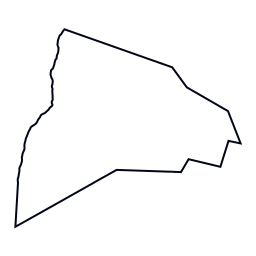 João Costa, Piauí, Brazil (orthographic projection)
{"feature_id": "56859067B8794694572671", "entity_name": "João Costa", "entity_type": "district", "adm_level": 2, "iso_a3": "BRA", "parent_name": "Brazil", "parent_adm1": "Piauí", "projection": "orthographic", "projection_center": [-42.621, -8.552], "detail": "fine", "context": "isolated", "style": "outline", "palette": "ink", "viewbox_px": 256, "rotation_deg": 0, "n_neighbors": 0, "source": "geoboundaries", "source_scale": "gbopen_adm2", "svg_char_len": 1478}
<svg xmlns="http://www.w3.org/2000/svg" viewBox="0 0 256 256"><path d="M17.7,180.4L18.0,182.7L15.4,226.7L19.1,224.7L66.1,198.3L101.2,178.5L116.6,169.9L155.0,171.2L169.3,171.7L171.6,171.7L172.9,171.8L181.0,172.1L188.6,159.2L220.4,166.8L228.5,140.9L240.6,143.4L228.0,111.1L186.9,87.4L184.5,84.2L182.7,81.7L172.2,67.3L64.5,29.3L63.3,30.7L62.2,32.5L61.1,34.3L59.7,35.5L59.0,37.2L58.4,39.0L57.9,40.5L57.7,42.8L57.4,44.4L58.1,46.9L58.6,48.0L58.4,49.2L58.4,50.8L58.1,52.4L57.6,53.9L56.9,55.4L56.7,56.8L56.6,58.4L55.5,59.7L54.9,61.6L54.5,63.2L54.3,64.6L53.7,66.2L53.0,68.4L52.1,69.3L51.2,70.2L50.9,71.4L50.7,73.1L50.5,74.4L50.8,75.6L51.2,76.8L51.5,78.0L52.4,79.5L52.8,81.2L52.5,82.9L52.5,84.3L51.9,85.6L51.9,86.7L52.2,87.9L52.6,89.0L52.3,90.6L52.4,92.9L52.5,94.5L52.6,95.8L52.6,97.5L52.7,99.6L52.2,100.8L51.7,101.9L51.9,103.3L52.5,104.9L51.8,106.1L50.8,106.9L49.6,107.9L49.1,109.0L48.2,110.0L47.1,111.0L45.8,112.2L44.9,113.1L43.3,113.7L41.7,114.5L40.7,115.5L40.2,116.8L39.1,118.4L38.2,119.5L37.6,120.8L37.1,121.8L36.2,123.3L35.0,124.3L33.9,125.1L32.2,126.1L30.7,127.4L30.1,129.0L29.4,130.2L28.5,131.9L27.6,134.2L26.9,136.2L26.0,138.0L25.7,139.4L25.4,140.8L24.8,142.7L24.5,144.4L24.4,146.2L24.5,148.1L24.4,149.4L23.8,150.9L23.1,152.3L22.5,153.9L22.3,155.8L21.8,157.4L22.0,158.7L22.0,160.0L21.9,161.3L21.5,162.7L21.1,164.2L20.5,165.7L19.8,167.0L19.4,168.3L19.4,169.5L19.4,171.3L18.9,173.6L18.7,175.5L18.3,177.2L17.8,178.7L17.7,180.4Z" fill="none" stroke="#020617" stroke-width="2"/></svg>